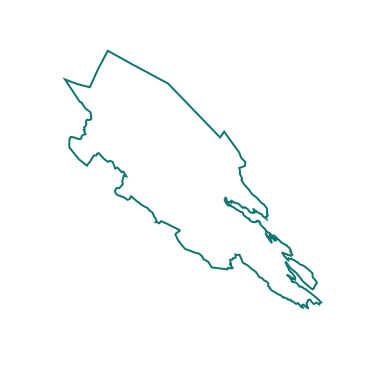 Rana nor, Nordland, Norway (Natural Earth projection), rotated 229°
{"feature_id": "86288312B15447104540063", "entity_name": "Rana nor", "entity_type": "district", "adm_level": 2, "iso_a3": "NOR", "parent_name": "Norway", "parent_adm1": "Nordland", "projection": "natural_earth1", "projection_center": [14.014, 66.44], "detail": "fine", "context": "isolated", "style": "outline", "palette": "teal", "viewbox_px": 384, "rotation_deg": 229, "n_neighbors": 0, "source": "geoboundaries", "source_scale": "gbopen_adm2", "svg_char_len": 5899}
<svg xmlns="http://www.w3.org/2000/svg" viewBox="0 0 384 384"><g transform="rotate(229 192 192)"><path d="M32.1,199.8L34.2,200.4L34.4,201.3L34.2,201.9L33.6,202.3L30.8,202.5L28.4,203.4L28.8,203.7L30.0,203.9L32.4,204.9L33.1,206.0L33.4,207.4L34.1,208.2L34.0,209.9L32.9,210.5L29.9,210.2L27.5,210.4L26.7,213.5L23.7,214.3L24.3,215.4L24.0,215.7L24.3,216.7L24.1,217.0L30.4,216.6L44.3,213.9L45.7,213.2L47.0,213.1L47.7,212.7L48.6,212.6L48.7,212.2L50.1,211.1L52.4,211.2L52.6,211.4L55.0,211.1L57.2,209.8L58.1,208.9L59.3,208.7L60.0,209.5L60.1,209.3L60.7,209.4L60.6,209.6L62.0,209.4L62.8,209.7L62.3,210.0L66.6,209.3L66.5,209.8L65.9,210.0L58.9,211.8L58.2,212.3L58.7,212.8L60.3,213.2L60.7,213.6L60.3,213.8L60.8,214.1L65.0,214.4L67.0,214.0L69.4,214.0L71.0,214.8L73.9,215.2L75.1,215.8L77.4,216.3L77.4,217.0L71.5,216.4L69.0,216.5L62.4,217.7L55.3,217.4L52.3,217.0L40.7,218.7L39.2,219.3L39.1,219.7L39.4,220.2L39.5,221.0L41.2,224.5L40.9,225.8L42.4,227.2L47.9,227.2L49.2,227.5L50.0,228.6L51.9,229.6L56.8,229.1L63.5,227.8L65.5,226.4L67.2,225.9L70.3,225.5L70.9,225.0L73.3,224.5L74.7,223.7L76.8,223.2L77.1,222.1L77.8,221.5L78.5,221.4L78.3,220.9L78.5,220.4L77.5,219.8L78.1,219.6L80.1,219.9L80.1,219.7L83.7,219.6L84.8,220.0L87.6,220.1L83.5,222.1L83.0,222.7L81.5,223.0L81.0,223.7L79.4,224.5L79.4,224.9L79.0,225.1L79.1,225.3L78.8,226.5L81.8,227.0L81.8,227.4L83.4,227.8L84.1,228.3L83.9,228.4L85.1,228.8L89.8,228.3L95.7,226.2L98.7,226.2L100.4,225.7L101.7,226.0L102.3,225.8L102.3,225.4L102.0,225.4L102.2,224.9L101.4,224.8L101.4,224.5L101.2,224.3L101.4,224.3L101.4,224.0L100.6,223.7L101.0,222.6L103.8,222.6L105.6,222.0L105.4,221.8L105.4,221.6L104.9,221.6L105.1,221.2L104.9,220.3L105.6,220.2L104.8,220.0L104.6,219.6L102.2,219.6L101.9,219.1L102.3,219.1L102.1,219.0L102.3,218.8L106.8,219.2L107.1,219.6L106.7,219.7L106.8,219.9L107.5,219.9L109.4,219.1L108.0,219.9L109.5,219.6L112.7,220.2L111.7,220.2L111.9,220.4L107.5,219.9L107.5,220.2L107.2,220.2L107.4,221.2L107.2,221.2L107.6,221.6L107.4,221.6L107.7,222.5L105.5,222.6L105.2,222.9L104.4,222.9L104.5,223.1L103.6,223.3L102.7,224.1L101.7,224.3L101.9,224.6L103.2,225.0L102.6,225.7L105.5,225.6L104.1,225.5L105.6,225.0L106.4,224.2L107.7,223.5L108.2,223.0L108.7,223.2L109.0,223.6L109.7,223.7L111.4,222.9L114.0,222.5L114.4,222.2L115.2,222.7L116.0,222.8L122.0,222.2L123.0,222.6L123.3,223.0L125.2,222.9L125.3,223.5L126.7,223.2L126.9,222.9L126.7,222.6L127.6,222.2L127.6,221.8L127.3,221.5L127.3,221.0L127.5,221.0L127.4,220.7L127.6,220.0L128.9,218.9L129.0,218.5L132.0,217.1L133.5,217.2L135.0,216.8L135.5,216.9L135.4,217.1L136.3,216.7L140.1,215.8L142.3,216.3L142.5,216.7L144.0,216.6L144.8,215.9L150.2,214.0L153.7,213.2L155.1,212.4L156.1,212.5L156.1,212.2L157.8,212.0L157.6,211.7L157.8,211.6L157.3,211.5L157.7,211.2L157.4,211.0L158.2,210.4L160.4,210.4L160.3,210.6L164.1,211.1L164.6,211.7L165.7,212.1L164.6,212.2L164.7,212.7L164.2,213.0L165.5,213.5L165.3,213.7L164.1,213.4L163.7,213.0L164.0,212.4L164.5,212.2L164.1,211.6L160.6,211.1L159.2,211.8L160.5,211.4L161.5,212.0L161.6,212.3L161.3,212.4L161.5,212.5L159.9,213.1L160.4,213.1L159.5,213.9L159.5,214.4L158.0,214.8L158.3,215.4L159.1,215.8L158.8,216.0L159.0,216.3L156.4,216.8L153.4,218.9L151.5,219.5L146.9,219.8L146.7,220.2L146.9,220.4L146.9,220.8L146.6,221.2L145.4,221.5L145.3,222.1L144.5,222.4L142.5,222.8L139.3,222.5L138.7,222.9L138.0,222.8L136.0,224.5L135.7,225.1L136.3,225.6L136.2,225.8L135.6,225.9L134.8,226.4L136.3,226.0L136.2,226.4L137.0,226.4L137.2,226.7L137.0,226.9L137.2,226.7L137.3,226.6L137.1,227.0L137.4,226.8L138.5,227.1L138.3,227.3L136.8,227.3L137.1,227.0L136.2,227.4L134.6,227.4L132.8,228.7L130.8,229.2L129.8,229.8L128.5,230.0L127.6,229.6L126.5,229.7L123.3,230.5L123.6,230.6L123.3,230.6L124.6,231.7L124.3,232.4L124.8,232.5L124.6,233.8L126.3,234.2L127.3,235.1L127.2,235.3L128.0,235.6L128.1,236.1L130.7,237.8L135.9,238.1L138.0,237.2L144.9,237.2L150.4,236.0L151.9,236.0L156.0,236.5L163.5,236.3L168.3,237.2L168.9,237.5L168.8,238.0L169.9,238.9L174.3,240.0L176.3,241.9L179.1,243.4L177.0,249.0L179.7,252.0L185.2,251.5L190.7,253.5L216.5,255.9L214.7,249.0L289.5,245.1L328.2,230.4L353.9,221.1L345.9,200.7L338.1,183.6L348.6,176.3L360.3,170.0L333.7,166.5L332.9,166.7L332.3,167.4L331.8,167.5L331.0,167.0L329.6,167.1L326.0,166.4L323.3,166.6L322.2,167.0L318.7,167.6L315.9,166.2L315.4,165.2L313.6,164.3L313.2,163.6L313.2,162.9L313.4,162.2L315.4,160.0L315.1,159.5L315.1,158.7L312.2,156.4L311.4,154.0L311.6,153.0L309.4,151.9L309.8,151.1L305.5,149.6L306.6,147.2L306.5,145.2L305.2,143.8L305.2,142.3L306.5,141.1L311.7,138.0L313.1,136.6L312.3,134.2L306.2,128.7L290.7,128.1L280.8,130.0L281.6,132.7L281.7,134.7L284.0,141.7L282.2,143.9L283.2,145.3L282.6,147.1L274.9,147.3L269.9,148.3L269.5,150.5L266.6,151.9L260.1,149.4L259.5,151.5L258.4,151.9L253.0,151.8L252.4,153.6L247.0,152.7L249.2,151.2L245.5,146.0L243.9,145.4L243.2,144.6L242.7,139.5L244.4,137.7L243.3,134.3L240.8,133.5L237.5,134.1L237.0,134.4L236.5,135.3L234.7,135.8L233.0,137.1L228.6,138.1L227.6,140.1L228.8,143.2L228.7,143.3L220.8,144.4L212.5,146.4L209.3,147.9L206.6,147.8L202.1,148.6L198.4,147.3L196.1,147.2L194.3,146.6L193.0,145.7L193.0,144.9L192.0,145.9L189.9,146.7L190.2,149.6L184.4,152.3L171.2,157.7L170.7,157.1L171.2,152.8L171.0,151.7L165.4,150.0L157.9,149.4L153.5,149.5L142.7,155.4L141.7,156.6L140.7,156.9L137.2,157.4L133.1,156.6L131.1,157.8L128.4,158.4L122.1,157.5L110.4,167.9L110.3,168.1L111.1,169.3L111.0,169.7L108.9,171.1L108.0,172.7L113.3,173.3L112.3,173.7L112.6,173.8L112.3,174.2L115.8,176.2L114.4,178.3L115.2,179.3L113.9,181.8L114.5,182.0L114.9,182.9L116.3,183.7L115.2,184.3L113.5,186.7L105.1,184.0L100.2,185.9L95.4,186.4L89.7,187.8L83.5,187.0L80.9,188.4L78.3,188.3L75.9,189.4L74.1,189.7L72.5,189.4L71.1,187.7L68.6,188.0L68.2,187.5L65.5,187.6L57.9,190.1L55.9,191.2L52.3,191.6L52.2,192.3L51.8,192.6L48.9,193.8L47.4,194.0L46.2,195.5L45.1,195.8L44.8,195.4L42.8,196.3L39.3,197.1L39.0,197.5L38.9,198.9L38.4,199.1L33.4,199.0L32.1,199.8Z" fill="none" stroke="#0f766e" stroke-width="2"/></g></svg>